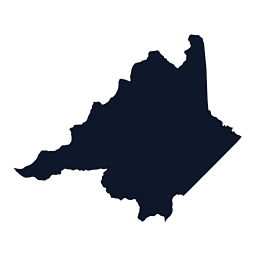 Afrânio, Pernambuco, Brazil
{"feature_id": "56859067B21944845436039", "entity_name": "Afrânio", "entity_type": "district", "adm_level": 2, "iso_a3": "BRA", "parent_name": "Brazil", "parent_adm1": "Pernambuco", "projection": "albers", "projection_center": [-41.058, -8.6], "detail": "fine", "context": "isolated", "style": "filled", "palette": "ink", "viewbox_px": 256, "rotation_deg": 0, "n_neighbors": 0, "source": "geoboundaries", "source_scale": "gbopen_adm2", "svg_char_len": 3740}
<svg xmlns="http://www.w3.org/2000/svg" viewBox="0 0 256 256"><path d="M94.1,102.6L94.2,104.2L93.0,105.5L92.7,107.0L92.8,108.6L91.7,109.6L91.0,111.4L91.1,112.6L88.7,117.0L87.9,119.6L87.4,120.7L86.5,121.7L85.3,122.7L83.4,123.4L82.2,125.5L80.5,125.3L74.9,125.6L73.5,128.0L71.7,128.4L70.2,129.2L71.2,130.6L72.0,132.3L71.8,134.5L72.3,136.2L72.4,140.7L71.0,143.3L69.6,145.0L68.2,145.6L66.9,145.6L65.8,145.8L64.7,146.2L62.7,146.0L60.7,147.7L60.1,148.9L58.9,149.6L56.7,150.5L55.3,151.6L52.5,151.8L50.3,151.6L49.1,152.1L47.8,151.6L45.7,151.2L41.7,151.4L40.5,153.3L38.9,155.2L38.1,157.7L37.2,159.3L34.2,162.6L31.9,164.6L30.6,165.4L29.3,166.0L26.1,167.1L25.0,167.8L23.7,169.0L21.3,169.7L20.2,169.8L17.6,169.5L15.4,169.0L16.9,170.9L21.0,174.5L24.4,176.6L26.1,176.9L29.9,176.6L31.9,175.9L33.6,176.0L35.4,176.5L37.5,178.6L38.8,179.4L41.4,179.4L43.8,179.8L45.5,179.5L47.2,178.2L48.9,177.6L50.4,175.2L51.7,174.2L53.2,173.8L56.0,174.2L57.7,173.6L60.2,173.6L60.5,172.2L59.9,170.5L62.3,169.6L63.8,168.3L65.1,167.8L67.3,168.5L69.2,168.5L71.3,168.9L73.1,169.7L74.1,169.3L75.4,168.7L78.2,168.7L79.8,170.0L81.7,169.1L83.5,170.3L85.3,168.8L86.8,169.4L88.3,169.9L92.7,169.0L96.7,168.8L99.0,168.3L100.5,167.7L102.6,168.3L104.5,168.3L106.3,168.0L107.8,167.8L108.2,169.1L107.0,170.7L105.6,171.8L104.0,173.1L104.4,175.0L103.9,175.9L102.7,176.8L102.7,179.5L101.6,181.4L101.6,182.6L102.5,183.9L103.7,186.4L105.8,187.1L107.2,188.1L106.6,190.5L107.6,192.2L108.8,192.8L110.3,192.9L110.6,194.4L111.2,195.4L111.7,197.0L113.9,197.1L115.3,197.6L117.6,197.7L119.2,198.2L121.0,199.7L123.6,197.4L125.5,197.0L128.1,198.7L129.5,199.2L131.9,199.1L133.9,198.1L136.0,198.5L137.1,201.2L138.1,201.8L139.3,205.0L140.0,205.9L140.7,207.3L140.1,209.5L140.1,211.9L139.1,213.8L138.9,215.7L138.3,217.4L139.2,218.6L140.9,219.4L142.4,220.8L143.6,220.2L145.0,218.6L146.4,216.9L147.9,216.4L150.0,215.1L151.7,215.3L154.2,215.3L155.9,213.7L156.8,213.2L158.0,213.1L159.1,213.5L160.8,214.9L162.5,215.5L164.5,215.7L165.2,217.3L165.5,220.0L166.5,218.4L167.7,217.3L168.5,216.3L169.5,215.7L171.1,213.2L171.6,211.8L172.0,209.4L171.3,207.6L171.8,205.1L171.8,203.0L171.4,201.5L171.3,200.0L171.6,198.8L172.3,197.4L173.0,196.2L174.9,194.9L176.6,193.5L176.6,192.2L178.0,192.7L178.3,194.2L180.6,193.5L183.4,194.9L189.9,188.5L198.4,180.0L199.8,178.5L203.6,174.7L204.6,173.8L235.0,143.1L236.5,141.6L240.6,136.9L239.0,136.0L236.5,135.2L234.2,133.2L233.6,132.0L231.6,133.1L231.1,131.2L230.7,130.2L231.8,128.3L230.7,128.1L228.7,127.3L227.6,126.3L226.3,127.5L225.0,127.6L224.6,126.1L223.8,126.9L222.4,127.0L221.7,125.6L221.8,122.5L221.0,121.7L219.9,120.9L218.2,120.3L217.1,119.1L216.0,117.9L213.8,117.4L211.9,116.2L210.5,115.0L210.3,113.4L209.6,111.0L207.7,111.0L206.8,99.6L205.9,75.6L205.9,74.3L205.7,69.3L203.3,44.0L202.8,42.0L202.2,40.8L201.9,38.6L200.4,37.9L198.6,35.9L194.8,35.8L191.4,35.2L190.0,35.9L188.7,39.7L190.6,41.7L190.6,43.3L191.5,44.9L191.4,47.1L190.0,48.6L188.0,50.1L186.9,50.8L185.2,51.3L185.0,52.6L186.5,54.1L187.2,55.4L186.9,58.3L187.0,60.4L184.2,62.6L182.5,65.6L180.3,66.8L178.4,69.3L176.3,68.5L174.3,66.7L173.7,65.6L172.5,64.6L169.0,63.1L167.9,61.7L166.1,60.7L166.1,59.4L164.7,58.9L163.3,58.3L163.1,56.7L161.7,55.8L160.3,54.6L158.1,51.3L156.7,51.2L155.1,51.7L150.1,52.1L149.0,53.6L149.1,54.8L149.1,56.7L147.8,58.3L147.4,59.9L146.0,60.5L143.9,61.1L142.5,61.3L141.5,62.6L137.3,63.4L135.5,64.0L133.5,66.4L132.2,69.9L131.4,74.7L130.8,76.3L131.3,79.5L131.3,81.1L130.5,82.7L128.8,81.8L125.5,80.5L121.3,79.5L120.2,79.7L119.2,82.4L119.4,84.2L119.2,86.6L118.8,88.7L118.3,90.4L117.8,91.3L116.1,94.7L114.5,96.6L112.9,98.0L111.3,98.3L109.3,101.7L108.2,102.7L107.1,103.3L105.9,104.2L102.0,105.8L100.5,103.8L99.5,102.7L97.6,102.4L96.3,103.0L94.1,102.6Z" fill="#0f172a" stroke="#020617" stroke-width="1.5"/></svg>